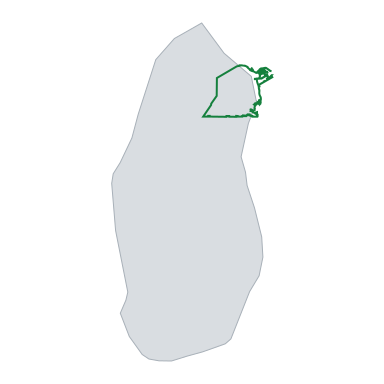 75, Al Khawr, Qatar shown in context
{"feature_id": "91078587B7321304158437", "entity_name": "75", "entity_type": "district", "adm_level": 2, "iso_a3": "QAT", "parent_name": "Qatar", "parent_adm1": "Al Khawr", "projection": "natural_earth1", "projection_center": [51.575, 25.836], "detail": "fine", "context": "in_parent", "style": "outline", "palette": "green", "viewbox_px": 384, "rotation_deg": 0, "n_neighbors": 0, "source": "geoboundaries", "source_scale": "gbopen_adm2", "svg_char_len": 5422}
<svg xmlns="http://www.w3.org/2000/svg" viewBox="0 0 384 384"><path d="M202.5,351.9L186.5,356.3L171.5,361.0L158.9,360.8L148.9,359.0L142.2,354.5L129.3,336.5L120.3,313.2L125.9,300.2L127.8,292.1L115.6,230.6L111.7,183.4L113.2,173.8L120.2,162.6L131.9,138.0L138.2,114.3L155.8,59.6L174.4,38.5L201.7,23.0L224.1,53.3L251.3,76.4L256.5,102.2L248.4,123.3L241.1,156.8L245.5,172.2L247.1,185.5L254.5,207.9L261.7,236.9L262.9,257.1L259.1,275.8L249.6,291.6L230.9,338.9L225.3,343.8L202.5,351.9Z" fill="#d9dde1" stroke="#a8b0b8" stroke-width="1"/><path d="M203.2,116.6L208.2,116.6L208.2,115.9L209.7,115.9L209.7,116.6L226.5,116.8L226.5,116.0L229.2,116.0L229.2,116.7L236.2,116.8L236.2,115.9L237.7,116.0L237.7,116.6L242.2,116.6L242.2,116.0L243.1,116.0L243.1,115.4L244.3,115.5L244.3,116.1L246.1,116.1L246.3,115.4L247.3,115.4L247.3,114.9L247.9,114.9L247.9,114.4L249.5,114.4L249.5,115.1L249.9,115.1L249.9,115.5L251.2,115.5L251.2,116.0L252.4,116.0L252.4,116.7L257.2,116.7L257.2,115.9L257.6,115.9L257.6,114.8L257.0,114.8L257.0,112.1L256.7,112.2L256.3,112.3L256.3,112.5L256.0,112.7L256.0,113.3L256.1,113.7L256.1,114.0L255.6,113.3L255.1,113.2L255.0,113.3L254.7,112.9L254.0,112.8L253.3,112.4L252.6,112.2L252.4,111.9L252.2,111.2L252.4,111.3L252.3,111.2L252.2,111.1L250.8,111.0L250.9,110.8L250.7,110.6L250.6,110.3L250.7,110.1L250.5,109.6L250.5,109.2L250.3,108.9L250.6,109.1L250.6,108.7L250.7,109.1L250.9,109.5L251.6,109.6L252.1,109.9L252.2,110.2L252.2,110.4L252.1,110.5L252.6,110.7L253.7,110.6L254.6,110.3L254.7,110.0L254.6,109.5L254.6,109.1L254.8,108.7L254.8,108.4L254.6,108.2L254.5,107.8L254.8,106.3L254.9,106.0L255.3,105.7L255.3,105.4L255.6,105.1L255.8,104.8L256.0,104.7L256.3,104.5L256.4,104.0L256.3,103.8L255.7,103.6L255.6,103.8L255.3,103.9L255.4,103.6L255.3,104.0L255.1,104.0L255.0,104.6L254.8,104.7L254.8,104.8L254.6,104.9L254.6,105.0L254.4,104.8L254.1,104.6L254.4,104.4L254.4,104.2L254.5,104.1L254.6,103.8L254.8,103.5L255.5,103.2L256.4,103.3L256.5,103.2L256.9,103.3L257.2,103.2L257.3,103.5L257.7,103.0L257.7,102.8L257.9,103.0L257.8,102.5L258.0,102.6L258.2,102.2L258.4,102.3L258.4,102.1L258.5,102.0L258.5,102.3L258.6,102.2L258.6,101.9L258.7,101.7L258.8,101.7L259.0,100.2L259.8,99.9L260.0,100.0L260.0,100.3L260.0,100.2L260.3,100.2L260.5,100.1L260.5,100.6L260.4,100.8L260.5,101.4L260.4,101.4L260.4,101.8L260.5,101.8L260.5,102.2L260.6,102.5L260.4,102.7L260.3,103.8L260.4,103.7L260.5,103.1L260.7,100.0L260.9,99.3L260.8,97.8L260.5,96.8L260.2,96.3L259.6,95.0L259.3,93.6L259.3,91.6L259.4,91.4L259.4,90.8L259.2,90.1L259.3,90.0L259.0,89.2L258.9,88.6L259.0,88.6L258.8,87.9L258.8,87.4L258.9,86.9L259.3,86.9L259.3,87.1L259.4,86.8L259.5,87.1L259.5,86.8L258.8,86.9L258.6,86.2L258.9,86.2L258.6,86.2L258.5,85.9L258.5,85.7L258.4,85.2L272.3,77.2L271.4,75.7L271.8,75.2L271.7,75.2L271.3,75.6L270.7,74.9L271.2,75.6L271.2,75.9L271.6,76.3L272.2,77.2L271.6,77.6L271.3,77.2L270.4,77.7L269.7,76.4L270.0,77.1L269.6,77.3L269.6,77.2L269.1,77.5L268.8,76.9L269.4,78.2L269.1,78.4L268.8,77.8L268.9,78.3L268.3,78.5L268.5,78.8L268.1,79.0L267.6,78.2L267.6,78.3L267.0,78.7L267.3,79.4L267.3,79.5L267.4,79.9L264.7,81.5L264.5,81.1L264.1,81.3L264.3,81.7L258.5,85.0L258.3,85.0L257.8,84.0L257.1,81.7L256.8,79.9L256.9,79.0L254.9,79.1L254.9,78.9L255.1,78.9L256.9,78.8L256.7,78.7L255.1,78.8L254.9,78.9L256.7,78.7L256.9,78.5L261.5,78.6L265.0,76.5L267.2,75.4L267.6,76.2L267.8,76.1L266.9,74.2L266.7,74.3L267.0,75.1L266.8,75.2L266.7,75.1L266.1,75.5L265.4,76.0L264.7,74.6L265.3,76.1L261.5,78.3L259.0,78.3L260.1,76.0L260.0,75.7L260.0,75.3L259.8,75.4L259.7,75.0L262.9,73.1L263.0,73.3L263.2,73.2L263.7,72.7L264.2,73.8L264.3,73.8L263.8,72.7L264.5,72.2L264.7,72.9L264.9,72.8L264.6,72.2L265.4,71.7L267.1,72.0L267.8,73.4L267.2,71.9L265.2,71.6L264.6,71.9L264.7,71.5L264.6,71.9L264.4,72.0L264.3,71.9L264.2,71.5L264.3,72.1L263.9,72.3L263.7,71.8L263.7,71.7L263.5,71.8L263.8,72.3L263.5,72.5L263.2,72.0L263.3,72.6L261.0,73.9L260.2,72.7L259.1,73.5L258.6,72.9L258.9,72.7L259.0,72.7L259.7,71.9L259.7,72.0L259.8,71.9L260.2,71.5L260.7,72.3L260.9,72.2L260.8,71.9L261.1,71.6L261.4,71.4L261.5,71.4L262.1,72.2L262.1,71.9L262.5,71.7L261.8,70.7L260.1,71.3L259.9,71.1L259.6,71.5L259.5,71.3L259.6,71.1L260.8,69.7L261.2,70.2L261.4,70.1L261.2,70.1L260.9,69.7L261.5,69.0L262.1,69.2L262.1,69.3L262.2,69.2L262.9,69.5L263.0,69.6L263.5,69.8L263.6,70.1L263.7,69.9L264.2,70.3L264.4,70.2L264.8,70.4L264.9,70.7L265.0,70.5L264.5,70.2L264.4,70.1L261.7,68.8L263.1,68.5L263.1,68.8L263.3,68.8L263.7,69.4L263.9,69.2L263.7,69.2L263.2,68.6L265.6,68.0L266.0,68.0L268.8,69.8L268.4,70.7L268.9,69.9L269.7,70.6L269.8,70.5L270.5,71.0L271.5,71.3L270.4,70.9L266.1,67.9L265.3,67.8L262.2,68.4L261.1,68.4L260.8,68.6L260.5,68.8L256.9,72.3L256.7,72.5L256.7,72.9L256.2,72.9L254.2,71.7L252.7,71.1L253.0,70.3L253.0,70.1L252.8,70.0L252.5,70.1L252.0,69.9L252.5,68.4L252.1,69.4L251.8,70.8L251.6,70.7L251.5,70.8L250.9,70.5L251.0,70.4L250.9,70.4L250.4,70.1L251.3,69.0L251.8,68.3L251.8,68.2L251.9,68.4L251.9,68.2L252.5,67.8L251.8,68.2L251.3,69.0L250.4,70.0L248.0,67.9L247.9,67.5L247.6,67.4L247.3,67.1L247.3,66.9L246.9,66.8L246.5,66.5L246.5,66.4L245.3,65.9L244.6,65.8L244.6,65.7L243.1,65.5L243.0,65.2L243.0,65.4L242.9,65.5L241.6,65.4L241.5,65.2L241.5,64.4L241.4,65.4L240.3,65.5L240.2,65.3L240.2,65.5L239.3,65.8L239.2,65.5L239.3,65.6L239.2,65.4L238.9,65.3L239.0,65.3L238.8,65.5L238.9,65.9L238.4,66.0L238.3,65.9L238.4,66.0L237.8,66.1L237.1,66.3L236.7,66.4L216.9,78.0L216.7,95.9L211.2,103.7L211.1,105.0L203.2,116.6Z" fill="none" stroke="#15803d" stroke-width="2"/></svg>